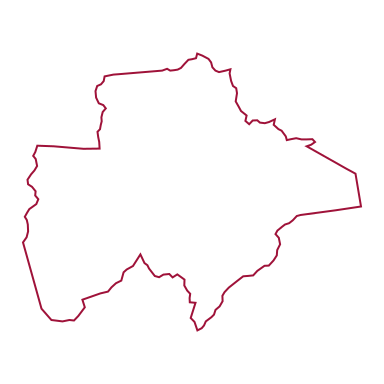 Santana de Mangueira, Paraíba, Brazil (orthographic projection)
{"feature_id": "56859067B83956066000266", "entity_name": "Santana de Mangueira", "entity_type": "district", "adm_level": 2, "iso_a3": "BRA", "parent_name": "Brazil", "parent_adm1": "Paraíba", "projection": "orthographic", "projection_center": [-38.328, -7.628], "detail": "fine", "context": "isolated", "style": "outline", "palette": "rose", "viewbox_px": 384, "rotation_deg": 0, "n_neighbors": 0, "source": "geoboundaries", "source_scale": "gbopen_adm2", "svg_char_len": 2058}
<svg xmlns="http://www.w3.org/2000/svg" viewBox="0 0 384 384"><path d="M41.5,308.7L51.4,320.0L62.5,321.4L69.4,320.0L74.0,320.5L78.3,316.0L84.8,307.3L82.4,299.7L100.4,293.4L108.0,291.6L111.5,287.3L116.0,283.2L121.3,280.6L123.6,272.3L126.7,269.5L133.0,266.0L140.4,254.4L144.5,263.1L147.4,265.2L149.0,268.5L154.8,276.0L159.1,277.2L163.4,274.6L169.3,274.0L172.6,277.4L177.3,274.4L180.8,276.9L184.5,279.6L184.3,285.5L187.2,290.6L190.2,293.8L189.6,298.1L189.8,302.3L195.5,302.8L190.7,318.0L194.5,321.9L197.4,330.4L201.7,328.2L204.0,325.5L205.8,321.4L211.4,317.2L214.0,314.6L215.5,309.9L219.6,306.4L222.6,301.2L222.4,295.8L224.5,292.2L228.8,287.6L237.4,280.8L243.2,276.3L248.3,275.9L253.2,275.4L257.3,270.9L264.5,265.8L268.8,265.6L273.5,260.5L276.8,255.4L277.2,250.1L280.1,244.3L278.8,237.8L275.5,234.1L277.4,230.6L281.9,226.9L285.0,224.5L289.1,223.2L292.8,220.3L296.8,216.0L300.5,215.0L335.6,210.3L361.0,206.5L355.5,173.7L351.5,171.5L346.5,168.8L306.7,146.3L311.2,144.7L315.0,142.0L312.4,139.2L306.5,139.4L301.5,139.4L296.2,138.2L290.9,139.2L286.8,140.1L285.8,136.4L281.6,130.7L278.4,129.1L273.7,124.8L274.9,119.3L269.1,122.0L264.8,123.2L259.9,122.6L257.3,120.3L252.7,120.5L249.2,124.2L245.4,120.9L246.6,115.5L241.0,111.0L238.7,106.7L235.7,101.4L237.0,93.2L236.2,88.2L233.0,86.0L231.1,80.9L229.6,73.4L230.4,69.3L225.3,70.7L219.0,72.1L215.4,70.6L212.4,67.3L211.1,62.4L208.5,58.9L202.3,55.6L197.2,53.6L196.0,58.2L192.0,59.2L188.4,59.8L184.5,63.9L181.0,67.9L177.7,69.6L174.0,70.2L170.2,70.6L167.1,68.8L162.2,70.6L119.9,74.1L113.4,74.6L104.6,76.4L103.7,81.1L101.0,84.3L97.2,86.0L95.5,91.1L96.1,97.6L98.8,103.3L103.3,105.1L105.8,108.4L102.7,112.0L101.4,117.3L101.7,121.3L100.8,124.8L100.0,129.2L97.5,131.8L98.2,137.0L99.2,141.9L99.6,148.6L83.4,148.8L53.7,146.3L37.3,145.7L35.3,152.0L33.2,155.9L35.7,159.0L37.1,166.0L34.4,170.5L31.1,174.3L27.5,179.7L28.1,184.3L32.0,186.8L35.6,191.3L35.2,195.5L38.3,199.2L36.3,204.1L29.3,209.1L27.1,212.7L24.8,216.8L26.8,220.0L27.8,224.5L28.1,231.4L26.6,237.3L23.0,242.4L41.5,308.7Z" fill="none" stroke="#9f1239" stroke-width="2"/></svg>